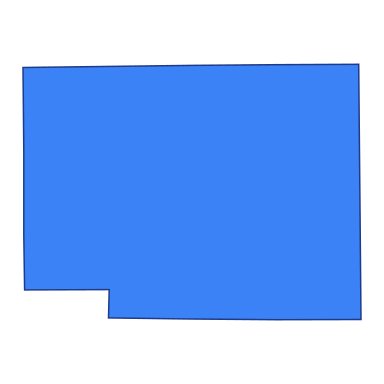 Noble, Indiana, United States of America (orthographic projection)
{"feature_id": "52423323B7904044051324", "entity_name": "Noble", "entity_type": "district", "adm_level": 2, "iso_a3": "USA", "parent_name": "United States of America", "parent_adm1": "Indiana", "projection": "orthographic", "projection_center": [-85.476, 41.395], "detail": "fine", "context": "isolated", "style": "filled", "palette": "blue", "viewbox_px": 384, "rotation_deg": 0, "n_neighbors": 0, "source": "geoboundaries", "source_scale": "gbopen_adm2", "svg_char_len": 279}
<svg xmlns="http://www.w3.org/2000/svg" viewBox="0 0 384 384"><path d="M24.6,289.9L109.2,289.6L108.5,317.9L191.3,319.0L276.3,319.7L361.0,319.5L358.7,64.3L275.3,64.7L191.5,65.4L23.0,67.5L23.8,151.7L23.8,235.0L24.6,289.9Z" fill="#3b82f6" stroke="#1e3a8a" stroke-width="1.5"/></svg>